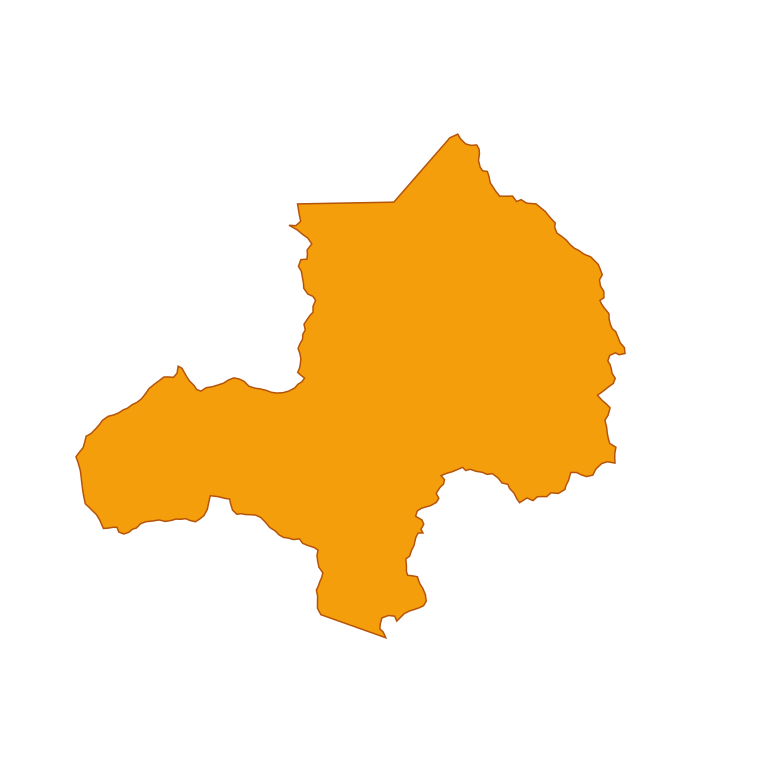 Catunda, Ceará, Brazil, rotated 207°
{"feature_id": "56859067B3960254179000", "entity_name": "Catunda", "entity_type": "district", "adm_level": 2, "iso_a3": "BRA", "parent_name": "Brazil", "parent_adm1": "Ceará", "projection": "mercator", "projection_center": [-40.173, -4.631], "detail": "fine", "context": "isolated", "style": "filled", "palette": "amber", "viewbox_px": 768, "rotation_deg": 207, "n_neighbors": 0, "source": "geoboundaries", "source_scale": "gbopen_adm2", "svg_char_len": 4047}
<svg xmlns="http://www.w3.org/2000/svg" viewBox="0 0 768 768"><g transform="rotate(207 384 384)"><path d="M542.8,505.2L536.7,496.9L532.1,491.1L534.5,485.0L540.7,482.3L531.1,481.9L523.7,480.2L518.4,479.5L512.0,476.1L513.3,468.5L511.2,464.9L509.3,460.3L514.6,457.0L513.6,449.9L508.9,447.0L501.5,437.2L499.0,432.9L492.8,429.6L487.1,429.8L483.0,427.6L482.5,421.0L479.8,415.7L481.1,411.6L481.8,406.3L482.4,400.9L478.7,396.4L478.9,391.6L476.9,386.8L477.1,381.7L476.7,376.6L473.1,373.3L469.6,368.9L467.5,363.5L466.4,359.3L466.2,355.2L462.2,354.1L457.5,353.2L458.2,348.7L460.6,344.6L461.7,340.0L465.7,334.4L470.3,330.2L475.4,327.3L480.4,325.5L486.3,324.8L491.8,323.5L497.0,321.7L503.3,320.7L509.7,322.8L514.9,322.8L520.6,321.3L524.6,316.7L527.3,312.0L530.7,308.5L536.1,303.3L540.8,300.0L543.8,294.6L548.3,294.0L552.6,296.4L558.7,298.4L562.6,300.6L566.1,302.9L571.1,306.3L575.5,306.4L573.3,299.7L574.6,294.4L579.5,292.3L583.3,290.3L585.5,285.6L588.5,279.6L591.3,273.3L592.0,267.6L593.3,260.8L595.9,255.3L598.9,251.4L601.6,246.0L604.7,242.4L607.4,237.7L610.7,233.9L615.2,229.9L618.4,223.7L619.0,219.4L620.3,214.0L622.5,207.0L625.7,202.2L624.4,197.0L623.2,190.7L624.4,185.2L625.4,179.3L620.5,174.7L615.2,168.9L612.0,164.2L608.3,158.6L604.3,152.7L600.7,147.8L595.8,141.7L590.0,140.0L585.3,138.4L580.9,137.1L575.8,133.9L568.4,127.9L564.3,130.4L560.8,133.0L557.0,135.1L553.0,131.7L547.8,132.2L544.1,135.9L542.2,140.4L539.2,143.3L537.5,149.0L533.4,153.4L528.2,156.7L522.6,160.8L516.4,162.3L511.5,165.9L508.2,169.1L503.5,171.3L499.5,174.0L495.0,174.3L489.6,175.6L487.0,179.8L484.7,185.0L484.5,191.9L488.1,205.6L480.4,208.4L474.0,209.8L469.3,211.4L466.4,207.7L461.7,202.9L455.9,201.1L452.4,203.6L448.4,204.7L443.5,207.0L438.8,208.9L433.2,209.1L427.6,207.3L420.7,204.3L414.0,203.7L409.3,202.0L403.8,201.7L399.3,203.3L394.0,204.3L389.0,207.6L384.1,205.1L378.3,205.6L371.6,206.6L367.4,206.0L365.8,200.6L362.7,196.1L358.9,191.3L352.8,188.0L351.7,183.6L351.4,178.5L350.8,174.2L350.7,169.7L346.7,164.6L344.2,159.4L341.5,154.0L335.5,149.8L267.2,158.7L272.1,162.6L276.6,164.0L278.4,168.6L279.7,174.6L274.9,179.8L269.0,182.0L265.0,178.5L263.2,184.0L261.7,188.6L258.4,193.2L254.7,196.8L251.0,200.6L248.1,204.4L247.8,209.8L251.6,215.2L256.5,219.4L261.4,222.3L266.8,227.4L271.2,226.1L276.2,224.3L279.0,227.3L281.3,231.9L285.1,238.0L283.0,242.4L283.9,247.6L284.0,253.9L286.0,261.7L285.9,266.7L281.7,269.0L285.1,271.3L284.9,277.1L288.4,280.1L295.8,280.5L296.7,286.0L294.2,290.3L287.1,297.0L283.6,302.3L283.3,307.1L287.9,310.3L287.1,317.6L285.5,321.9L286.7,326.3L291.6,328.2L287.9,332.6L283.3,336.9L276.1,345.4L271.9,344.0L268.4,347.2L262.4,348.0L256.5,349.9L251.1,350.3L246.7,353.3L239.8,352.1L234.0,349.4L228.0,350.8L224.6,347.9L218.8,345.9L213.4,342.0L209.3,339.8L204.8,347.4L198.3,347.7L196.1,353.2L192.0,355.5L187.9,357.5L185.8,362.9L178.9,365.7L174.9,372.2L175.8,376.1L175.8,381.7L177.4,390.0L172.2,392.6L167.1,392.6L161.5,393.5L156.6,397.6L156.6,404.5L153.9,412.0L149.7,416.1L142.3,418.4L144.6,422.4L147.0,427.3L148.6,432.9L156.0,433.6L160.0,438.0L163.0,441.9L165.8,446.3L170.7,452.0L170.2,458.0L171.7,465.4L177.6,467.4L181.8,468.3L188.7,470.9L185.8,476.5L183.2,482.2L180.0,488.6L180.5,494.0L185.8,497.2L188.2,500.5L191.6,504.1L195.0,506.1L195.9,511.9L192.0,516.8L187.8,516.8L183.1,520.6L186.3,525.5L192.3,528.0L197.4,532.5L201.4,535.9L205.6,536.8L209.0,539.5L212.8,543.9L215.5,548.8L222.4,551.8L226.4,554.0L229.6,556.5L227.2,560.7L230.2,566.3L235.6,569.6L239.3,574.6L239.1,580.4L244.0,584.9L247.4,587.8L251.7,589.2L257.4,591.1L265.0,590.5L271.0,591.4L276.1,591.4L281.5,592.7L287.0,595.0L293.4,596.3L298.5,597.0L303.1,601.2L304.5,605.2L309.4,606.9L314.3,608.9L318.5,610.9L323.6,612.0L330.3,613.5L339.0,609.9L345.5,610.5L348.7,606.8L354.9,609.8L359.5,607.2L366.2,603.9L371.8,606.4L375.6,608.6L380.7,611.5L384.6,616.5L388.4,620.3L393.0,618.7L396.8,620.9L401.3,626.1L403.5,632.6L405.9,636.4L409.9,639.1L414.6,636.2L420.3,635.0L427.2,637.2L431.7,640.1L437.2,633.2L438.5,627.2L440.1,621.2L457.8,550.5L542.8,505.2Z" fill="#f59e0b" stroke="#b45309" stroke-width="1.5"/></g></svg>